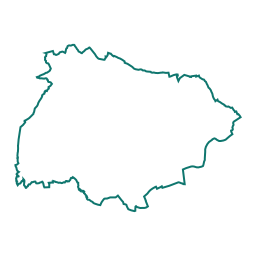 Letca, Salaj, Romania
{"feature_id": "2599482B91851196787653", "entity_name": "Letca", "entity_type": "district", "adm_level": 2, "iso_a3": "ROU", "parent_name": "Romania", "parent_adm1": "Salaj", "projection": "albers", "projection_center": [23.411, 47.354], "detail": "fine", "context": "isolated", "style": "outline", "palette": "teal", "viewbox_px": 256, "rotation_deg": 0, "n_neighbors": 0, "source": "geoboundaries", "source_scale": "gbopen_adm2", "svg_char_len": 5618}
<svg xmlns="http://www.w3.org/2000/svg" viewBox="0 0 256 256"><path d="M123.1,202.0L123.6,204.0L125.7,204.4L126.4,204.9L127.0,206.7L128.3,209.2L131.1,210.3L134.4,211.1L135.3,210.8L135.3,209.0L135.5,206.6L136.0,206.2L136.6,206.8L137.2,207.1L140.1,208.0L144.7,207.9L146.2,207.5L147.9,206.4L146.1,201.9L145.7,200.7L145.8,200.6L145.2,199.1L144.1,196.5L147.4,193.6L149.0,191.5L150.5,190.0L152.6,188.5L155.4,186.9L156.0,186.7L157.0,188.8L160.5,187.1L161.8,186.3L162.4,187.8L169.2,185.8L178.4,182.3L179.5,182.5L181.4,183.3L182.6,183.5L183.2,184.1L184.7,184.2L182.9,169.5L186.2,168.1L191.2,166.5L192.5,166.4L193.9,166.5L196.6,167.3L198.3,167.4L201.4,166.7L202.9,166.1L203.4,164.9L204.1,161.6L204.8,160.0L204.8,158.3L205.2,151.9L205.2,149.3L205.9,146.8L207.4,144.0L209.0,142.0L212.0,139.9L212.3,139.4L212.8,139.1L214.3,138.4L215.6,138.8L216.8,139.8L219.1,141.0L220.7,141.0L223.4,140.5L225.6,139.7L229.9,136.0L232.4,134.2L231.2,131.6L231.1,130.6L232.3,130.2L232.8,129.4L232.8,129.1L232.4,127.3L232.7,126.8L232.9,125.9L233.5,125.0L233.5,124.4L233.2,123.3L233.2,122.7L233.7,121.7L240.6,117.2L239.7,115.7L238.5,114.3L238.2,114.4L237.9,114.0L237.3,114.1L236.3,111.5L234.9,111.9L234.6,110.9L233.7,110.1L232.2,107.6L230.8,107.9L228.5,106.5L227.4,106.7L225.7,106.3L225.2,105.6L224.5,105.4L224.3,104.8L223.3,104.2L222.3,103.7L219.9,102.0L218.2,101.2L217.8,100.6L217.5,99.7L216.6,100.5L216.2,100.4L215.4,101.1L215.1,100.3L213.9,98.7L213.0,96.7L212.3,93.6L211.3,91.6L210.8,90.2L209.6,88.5L208.5,87.6L207.5,85.1L206.9,84.1L205.9,81.8L204.9,81.1L204.2,79.9L203.8,79.5L202.9,79.4L201.9,78.9L199.8,77.5L199.2,76.7L198.9,75.6L196.2,76.6L196.1,75.6L191.3,76.3L191.1,77.0L190.3,76.9L190.4,76.7L184.3,74.9L179.9,78.1L178.4,81.0L177.0,77.3L176.8,75.8L177.8,75.6L177.6,74.5L176.4,74.4L173.6,75.1L170.4,76.5L169.4,76.7L168.5,72.7L166.0,72.9L162.6,72.4L162.0,72.7L161.3,72.6L157.9,73.1L155.3,72.9L153.8,72.5L152.7,72.7L151.3,72.5L150.7,71.8L147.0,71.5L146.0,71.3L144.8,70.5L142.7,70.4L141.7,69.6L141.0,69.4L140.2,69.4L138.5,69.8L135.4,69.2L134.0,68.6L132.4,67.0L131.4,66.3L127.5,63.8L124.7,62.8L124.6,61.4L122.3,59.8L120.0,58.5L118.2,57.9L116.7,57.0L114.1,55.9L113.9,55.9L113.6,56.3L112.6,55.7L110.7,53.6L110.1,53.7L109.5,53.3L108.1,52.8L107.7,54.9L107.2,55.9L106.5,56.8L105.6,56.5L105.6,58.1L105.0,58.8L104.6,59.7L104.1,59.8L98.9,58.8L98.0,58.3L96.3,56.4L95.0,54.2L90.6,48.7L89.6,47.6L89.3,47.5L88.0,48.5L85.7,49.5L84.1,51.2L82.5,52.4L82.0,53.1L81.4,53.1L80.0,52.1L78.6,51.5L77.8,49.9L77.0,49.1L76.2,47.7L74.8,45.9L74.4,45.0L74.2,44.9L72.6,44.9L70.9,45.6L69.0,45.4L67.8,46.0L67.5,46.3L67.1,48.0L66.3,48.5L65.7,50.8L65.6,51.9L65.1,52.9L63.1,51.8L62.3,51.6L59.7,52.4L58.7,53.9L56.4,54.9L55.6,54.8L55.0,54.3L53.9,54.2L53.2,51.9L52.9,51.0L45.6,53.0L46.2,53.2L46.5,54.3L46.2,55.0L46.1,56.2L45.4,56.6L45.0,57.4L45.2,58.4L45.0,59.2L45.1,60.1L45.3,60.4L45.9,60.7L46.0,62.3L46.3,62.7L47.2,63.3L48.2,63.4L48.8,64.2L50.8,68.6L50.7,68.9L50.1,69.8L50.1,70.2L49.5,71.0L47.0,72.7L46.0,72.8L43.5,74.3L42.7,74.5L39.9,75.7L39.4,76.3L36.9,77.1L37.2,77.7L38.7,77.9L39.9,78.4L41.3,78.3L43.4,78.6L44.5,78.6L45.4,78.3L46.5,78.4L46.8,78.9L47.2,79.2L47.3,79.9L47.9,80.2L48.1,81.5L48.4,81.9L50.2,82.2L50.7,82.4L51.9,83.9L50.4,85.9L49.2,86.7L48.6,86.9L48.5,87.3L48.8,88.1L48.8,88.6L48.1,89.1L47.5,89.7L46.9,91.1L46.1,91.0L45.8,90.7L45.4,90.8L44.7,91.6L44.9,92.2L44.5,92.6L44.5,93.0L44.2,93.3L44.3,93.7L42.5,94.8L42.1,95.5L42.1,96.5L41.2,98.3L39.4,100.9L38.3,102.9L37.8,104.6L37.1,106.0L34.8,108.5L34.1,111.9L33.5,113.1L33.4,113.9L29.3,118.0L28.0,118.9L25.1,120.6L24.6,120.7L24.5,121.2L25.1,121.7L25.2,122.3L23.0,125.0L20.5,127.1L18.6,139.5L18.1,145.2L18.0,145.4L18.1,148.5L17.9,152.0L17.7,152.5L17.4,156.0L17.8,157.0L17.9,157.8L17.4,158.1L17.6,158.3L17.7,161.6L18.4,163.3L17.1,164.5L15.4,165.1L15.7,166.5L16.3,167.4L16.8,169.7L17.3,170.7L17.5,171.0L17.9,171.2L18.5,171.9L18.8,172.0L18.6,172.2L18.2,172.0L17.7,172.4L17.6,172.8L16.6,174.1L18.3,176.0L18.6,176.2L18.6,176.4L18.0,176.6L16.9,176.2L16.1,178.5L16.1,178.8L16.4,179.1L16.2,180.2L17.0,181.2L16.5,181.6L16.9,182.3L16.7,183.0L17.2,184.3L17.7,185.2L18.8,183.7L19.8,183.7L20.8,182.8L20.8,182.5L21.4,181.8L21.7,181.1L22.5,180.9L22.8,181.2L23.1,181.3L23.1,180.4L23.8,180.7L23.6,179.4L24.2,180.1L24.4,180.6L24.4,181.7L24.0,184.3L24.1,185.4L24.8,186.0L25.1,186.5L25.6,187.6L25.9,187.9L26.2,187.8L26.2,187.4L27.9,186.2L27.9,185.6L28.8,184.4L29.9,184.5L30.8,183.3L31.4,182.9L31.7,182.2L32.9,182.1L34.2,181.6L34.9,181.7L35.1,181.6L35.4,181.6L35.8,182.6L36.3,183.3L37.1,183.4L38.9,183.2L40.3,182.4L41.3,182.3L42.1,181.7L42.4,181.7L43.2,183.2L43.9,186.3L44.4,187.4L49.2,187.2L49.3,184.5L48.7,182.8L49.6,182.7L50.1,182.9L50.7,182.6L52.8,182.6L52.7,181.4L53.0,181.4L53.4,181.6L53.5,181.5L53.5,181.1L54.2,181.4L54.8,181.4L55.3,181.9L56.9,182.2L58.7,182.8L60.0,182.6L61.6,183.1L62.3,183.0L63.6,182.3L64.8,182.5L65.7,181.2L66.1,181.0L66.9,181.0L67.2,181.5L69.1,181.3L69.6,180.4L70.3,179.8L70.8,178.2L71.1,177.9L71.5,177.8L72.2,178.0L72.7,177.6L72.9,177.2L73.2,177.4L73.3,177.9L73.9,177.9L74.9,178.7L76.2,180.0L77.4,182.5L78.2,182.7L78.2,184.5L78.4,185.8L78.0,186.8L78.7,188.5L79.2,188.9L78.8,189.3L78.9,189.7L80.2,190.7L80.1,190.1L80.3,189.6L81.5,190.7L82.6,190.8L82.4,191.2L82.7,191.6L83.7,191.1L84.3,191.7L84.1,192.1L84.1,192.5L83.9,192.7L84.0,193.2L85.0,193.9L85.2,194.5L86.5,195.7L86.7,196.1L87.1,197.1L86.4,197.2L86.8,197.9L86.9,198.5L86.9,198.8L87.8,199.7L89.3,199.8L91.2,201.3L92.6,201.9L92.9,202.5L94.0,203.3L95.0,203.7L98.0,204.7L100.3,205.1L101.5,202.4L103.1,200.1L104.2,198.8L104.8,198.6L107.2,198.5L110.2,197.4L115.5,197.4L115.8,197.3L117.9,195.6L121.5,200.2L123.1,202.0Z" fill="none" stroke="#0f766e" stroke-width="2"/></svg>